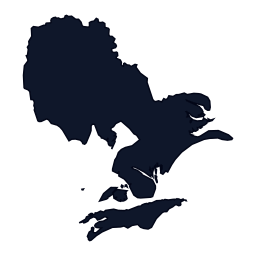 Mong Cai, Vietnam (Natural Earth projection)
{"feature_id": "81297802B69562638547328", "entity_name": "Mong Cai", "entity_type": "district", "adm_level": 2, "iso_a3": "VNM", "parent_name": "Vietnam", "parent_adm1": "", "projection": "natural_earth1", "projection_center": [107.918, 21.499], "detail": "fine", "context": "isolated", "style": "filled", "palette": "ink", "viewbox_px": 256, "rotation_deg": 0, "n_neighbors": 0, "source": "geoboundaries", "source_scale": "gbopen_adm2", "svg_char_len": 5909}
<svg xmlns="http://www.w3.org/2000/svg" viewBox="0 0 256 256"><path d="M69.0,140.8L71.7,139.2L75.5,139.0L80.2,140.1L82.0,141.7L82.9,143.6L84.7,144.2L86.2,142.8L89.9,133.9L91.0,130.6L91.1,125.6L92.5,124.2L94.6,124.3L98.6,134.9L100.9,136.6L101.4,138.0L102.9,138.2L106.5,140.2L108.3,137.7L107.2,141.1L107.9,141.7L108.5,140.9L108.1,142.7L108.7,144.8L110.2,145.9L110.9,145.4L112.3,146.1L111.7,149.1L115.1,141.6L114.8,140.2L113.0,140.6L114.1,139.3L115.1,139.3L116.3,136.6L115.7,135.5L113.5,136.0L115.5,135.0L115.9,133.8L114.5,132.3L111.0,130.5L111.0,128.1L113.5,126.7L115.7,123.6L121.0,120.9L129.7,128.5L134.0,133.8L136.6,135.1L139.8,139.7L132.2,145.8L125.4,147.5L121.4,149.5L118.4,152.5L116.6,157.4L114.9,159.9L112.6,169.0L112.6,170.9L117.6,173.4L118.4,172.8L118.9,171.1L118.9,176.0L124.3,179.0L129.6,185.1L131.2,183.2L129.6,186.5L133.9,195.1L137.6,197.6L140.6,197.9L150.8,197.2L152.6,196.5L155.4,188.7L155.4,185.9L152.5,180.1L142.2,174.8L141.8,173.8L137.4,170.4L132.9,168.7L131.8,167.6L132.6,167.0L134.4,167.0L137.2,168.2L144.6,172.2L150.6,176.6L150.3,175.1L151.3,174.8L153.0,176.9L152.6,173.7L149.5,169.9L150.0,168.0L151.0,170.6L152.7,172.2L153.2,170.1L151.9,167.8L153.9,169.3L154.6,166.1L155.4,165.4L155.6,168.0L157.4,165.2L157.0,163.7L157.5,162.5L157.9,166.7L160.6,165.2L162.0,165.6L162.0,169.1L160.9,170.7L160.6,173.0L162.9,174.2L165.7,171.0L167.7,172.0L171.6,164.7L175.1,159.4L181.6,152.1L192.0,144.3L204.1,139.3L209.7,138.3L217.9,137.9L222.1,139.4L227.5,140.1L231.8,139.5L232.5,138.3L228.5,134.9L218.4,130.6L208.7,130.9L200.3,136.1L197.9,137.0L191.9,135.8L191.4,135.4L192.5,135.0L190.1,134.2L189.3,131.1L189.8,131.1L190.3,132.4L192.0,132.5L191.7,131.9L193.9,131.2L193.9,130.4L193.0,129.7L192.9,129.1L194.8,131.1L195.7,131.2L198.0,129.7L197.4,127.6L200.7,128.2L202.0,127.1L200.3,126.5L204.4,125.0L206.8,123.2L207.0,122.1L212.2,120.5L213.3,119.2L210.7,120.1L208.2,118.9L208.7,120.4L208.0,120.7L204.8,118.8L204.0,119.2L203.7,118.1L202.5,120.6L197.0,121.0L192.2,119.6L190.9,122.4L189.9,122.9L191.0,121.7L191.1,120.7L190.5,120.7L192.0,119.0L188.4,116.2L186.3,117.5L187.3,116.1L189.2,115.8L188.1,114.5L186.6,114.5L188.0,113.8L186.1,111.7L186.8,111.5L188.7,113.3L188.3,112.7L188.7,112.8L192.1,116.0L196.2,117.5L203.1,116.4L204.8,114.8L203.3,113.5L199.7,115.5L197.7,115.4L199.8,114.7L203.0,111.9L201.9,109.5L199.0,106.4L186.7,100.7L186.5,100.2L193.8,102.9L203.6,105.5L205.2,108.8L207.6,110.2L209.0,110.2L209.6,109.9L210.2,107.3L209.7,101.0L207.6,97.3L200.9,94.1L198.6,93.7L193.8,93.4L187.2,94.6L184.3,93.1L178.9,94.6L176.2,94.7L173.1,96.5L168.9,95.8L167.7,98.3L166.6,99.3L165.6,99.5L163.8,98.6L161.7,101.9L158.5,100.8L155.9,101.6L154.4,101.4L152.7,99.5L147.0,82.3L147.3,78.4L140.3,73.2L135.9,67.1L136.8,64.8L135.0,64.4L131.0,66.6L129.4,65.2L127.0,64.9L124.7,63.1L123.7,63.6L123.4,66.2L122.4,66.1L121.1,64.7L121.4,62.3L120.3,60.0L116.3,58.3L116.2,56.9L117.7,55.7L117.4,52.8L116.6,52.1L114.1,52.5L112.3,52.1L111.6,50.1L111.8,48.7L115.5,47.6L116.4,46.0L115.7,44.3L113.2,42.5L114.9,38.9L112.1,36.4L109.8,36.3L109.0,35.4L108.7,33.8L109.1,29.3L108.3,28.3L105.0,27.4L104.8,23.5L102.7,22.2L100.4,22.6L98.4,22.1L98.0,19.3L96.3,18.4L94.0,21.1L91.3,21.6L89.4,22.6L89.5,25.8L88.8,27.2L83.4,26.6L82.2,25.8L81.0,22.1L78.6,19.3L75.7,19.3L71.6,16.2L68.5,16.5L66.5,15.4L65.2,15.9L64.5,18.1L60.8,19.1L58.2,17.9L56.7,18.4L55.6,17.3L53.4,17.7L51.4,19.0L50.9,20.6L51.2,22.1L50.6,22.9L46.7,23.1L46.0,23.4L45.6,25.2L43.6,25.3L38.4,27.3L33.4,26.6L31.4,28.4L31.8,36.3L28.8,41.4L29.1,44.6L27.4,47.2L28.3,49.2L27.5,55.2L26.3,55.7L27.8,59.5L27.9,61.0L24.4,65.7L23.5,75.3L24.1,87.7L24.6,88.4L27.9,89.7L29.8,91.5L30.9,99.5L32.9,99.7L33.7,100.4L34.4,102.7L33.9,105.7L34.8,107.9L34.3,110.0L37.9,120.8L39.1,121.5L41.2,121.4L46.6,118.9L48.6,119.8L51.3,123.4L57.2,125.1L59.9,127.0L62.6,130.0L69.0,140.8ZM177.8,199.2L177.0,198.7L175.9,199.4L174.8,199.2L174.3,199.8L173.5,199.3L168.4,200.0L164.9,199.5L163.3,200.3L162.2,199.9L161.0,200.5L156.5,200.7L151.8,202.9L149.0,202.9L148.1,204.1L147.0,203.4L144.8,203.8L142.2,204.8L140.8,206.1L138.3,206.3L128.4,210.2L126.6,209.8L124.6,210.6L118.3,210.4L113.7,209.2L105.6,210.4L103.7,212.1L100.5,211.1L97.0,212.9L95.2,212.9L94.9,214.1L90.8,216.1L89.2,215.7L86.5,216.9L85.6,219.1L79.2,222.8L83.3,221.8L83.8,222.9L85.0,222.6L87.8,221.2L89.5,218.8L93.4,216.9L95.6,217.4L97.6,220.0L100.6,219.0L104.9,216.6L107.5,217.7L107.3,219.0L103.3,221.2L99.4,221.6L95.7,224.0L94.8,225.4L95.1,226.7L96.5,227.5L101.5,228.0L96.0,232.8L93.6,232.6L93.1,232.0L93.8,228.2L92.8,227.3L91.6,227.9L91.4,230.6L89.2,232.1L87.4,236.4L88.4,238.2L88.5,239.6L89.7,240.6L91.1,240.2L96.4,235.6L102.1,231.9L112.4,227.3L120.7,226.9L124.0,226.0L127.8,228.0L132.1,225.4L137.8,224.4L140.5,227.2L143.7,228.4L148.1,229.0L151.5,227.3L156.3,218.6L162.2,212.6L163.9,211.7L166.8,211.6L169.0,208.7L172.7,206.8L174.9,205.0L176.2,204.6L178.7,205.7L180.1,205.4L180.8,204.7L180.5,202.6L181.0,201.7L184.3,200.1L183.1,199.0L180.9,199.9L178.6,198.9L177.8,199.2ZM113.2,192.8L112.7,192.6L117.0,187.6L111.0,187.5L110.1,188.1L103.6,193.6L99.6,201.0L106.3,199.1L107.7,198.3L108.4,196.5L109.2,196.6L113.2,193.7L114.0,198.1L117.3,197.0L114.7,198.6L118.4,200.8L120.5,201.3L120.8,199.1L120.9,201.0L123.2,201.0L124.6,200.5L124.0,198.4L124.7,199.8L125.7,199.9L127.0,198.6L125.8,194.2L124.0,194.2L126.1,193.5L126.0,191.7L127.0,190.8L117.1,189.5L113.2,192.8ZM156.4,176.0L155.1,175.7L155.2,178.3L157.1,183.1L157.2,181.3L156.2,177.7L156.4,176.9L157.0,177.5L156.4,176.0ZM92.6,214.2L92.6,213.6L91.1,213.4L89.2,214.5L90.7,215.5L92.6,214.2ZM156.1,174.6L156.5,169.6L155.9,169.1L155.4,170.8L156.1,174.6ZM122.1,187.7L123.0,186.8L123.0,185.8L121.7,185.1L121.2,186.5L122.1,187.7ZM127.2,187.0L126.5,184.9L125.4,185.0L125.1,186.4L125.9,186.1L127.2,187.0ZM161.7,166.6L161.3,165.5L160.3,167.0L160.5,168.9L161.7,166.6ZM83.0,189.9L83.5,189.0L81.9,189.3L82.1,189.8L83.0,189.9ZM186.2,200.7L185.9,200.1L185.4,200.1L185.6,200.6L186.2,200.7Z" fill="#0f172a" stroke="#020617" stroke-width="1.5"/></svg>